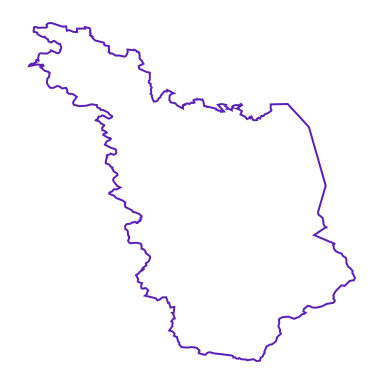 Athlone Lea-6, Roscommon, Ireland
{"feature_id": "5873133B90689891107780", "entity_name": "Athlone Lea-6", "entity_type": "district", "adm_level": 2, "iso_a3": "IRL", "parent_name": "Ireland", "parent_adm1": "Roscommon", "projection": "robinson", "projection_center": [-8.208, 53.474], "detail": "fine", "context": "isolated", "style": "outline", "palette": "violet", "viewbox_px": 384, "rotation_deg": 0, "n_neighbors": 0, "source": "geoboundaries", "source_scale": "gbopen_adm2", "svg_char_len": 5862}
<svg xmlns="http://www.w3.org/2000/svg" viewBox="0 0 384 384"><path d="M344.8,285.8L349.7,280.9L353.9,280.2L355.0,277.6L352.4,273.0L352.6,271.1L350.4,268.2L348.7,267.3L346.5,263.5L346.3,259.0L345.9,257.9L342.7,255.7L341.8,253.7L337.3,252.1L335.1,250.5L333.7,247.9L333.8,246.6L333.1,244.9L335.2,243.4L334.2,243.6L314.1,235.1L325.3,227.6L327.4,227.5L325.6,227.1L324.3,225.7L323.4,223.8L323.5,222.0L322.6,217.9L318.5,214.6L318.0,212.2L325.7,185.7L308.9,127.0L287.7,104.0L270.7,104.4L270.7,108.8L271.4,109.9L271.2,110.8L267.8,113.2L264.7,114.3L263.6,116.0L261.4,115.9L260.0,118.6L258.5,117.7L256.9,119.1L257.1,120.0L254.3,120.3L252.8,119.7L252.0,117.2L251.3,116.5L250.2,118.2L249.5,117.3L248.4,118.5L246.9,119.1L245.2,116.7L240.5,114.5L241.9,111.1L238.8,109.2L236.8,108.6L238.6,108.1L238.4,107.5L242.0,105.1L241.0,104.0L238.3,105.5L236.5,104.9L232.8,105.9L232.2,106.8L233.1,107.7L231.8,108.7L231.8,110.3L228.6,108.6L227.3,108.8L227.9,108.2L227.7,107.6L225.3,106.1L226.0,104.9L221.6,104.0L218.0,104.8L224.0,111.5L220.9,111.8L220.5,110.7L218.2,110.7L217.4,109.8L216.3,109.8L216.0,108.8L215.2,108.5L208.3,106.8L207.1,107.1L206.2,106.1L204.2,106.1L203.5,102.0L202.3,99.4L200.9,99.8L199.8,99.2L196.9,99.6L196.9,99.1L193.6,100.0L193.5,100.9L194.5,102.5L193.3,103.0L191.4,102.7L189.3,104.0L187.7,103.4L185.0,104.2L185.0,104.8L183.7,104.8L183.7,105.2L182.9,105.3L183.0,108.5L177.3,105.5L175.3,103.3L170.5,102.3L170.4,101.2L169.3,100.0L169.7,95.4L172.1,93.7L173.7,93.3L167.2,89.9L166.9,91.5L164.5,91.2L160.7,95.7L160.5,97.2L158.9,98.1L158.0,100.0L156.2,101.4L153.7,101.5L151.9,97.0L151.9,95.0L150.6,94.0L151.3,91.9L150.8,89.3L151.7,87.5L150.5,85.7L150.7,83.7L149.4,83.3L148.7,82.0L149.1,80.6L149.8,80.0L149.8,72.7L146.4,71.9L139.1,68.6L138.8,66.0L143.5,63.8L142.3,62.1L142.1,60.9L139.7,59.0L139.6,54.9L138.8,52.2L136.8,51.7L136.6,50.9L134.1,49.7L133.9,50.3L127.5,49.5L127.7,52.1L126.8,54.5L125.7,56.2L124.2,56.6L119.4,55.5L115.9,55.6L112.2,53.5L109.9,53.4L109.8,52.5L108.7,52.1L109.2,49.4L108.7,48.1L109.0,46.2L104.4,45.2L103.9,42.7L95.3,40.5L92.6,38.1L92.8,36.9L91.6,36.6L91.8,36.1L90.0,35.2L90.8,33.7L89.9,32.2L90.5,30.4L89.6,28.1L85.0,27.1L85.4,28.6L76.9,28.6L77.0,32.1L73.5,31.9L69.5,30.2L66.8,30.7L66.1,26.4L62.6,26.7L51.4,23.0L48.3,23.2L46.5,24.7L47.2,26.9L46.1,27.6L37.9,27.8L35.5,26.9L34.1,27.3L33.6,31.7L37.3,32.6L37.4,34.1L40.6,36.1L43.4,37.1L44.9,36.8L45.4,37.9L48.0,39.4L48.5,41.4L50.5,42.4L51.2,42.5L53.3,41.0L54.5,41.1L58.5,43.9L59.9,43.8L61.2,46.9L61.1,48.8L60.1,49.8L60.4,50.8L59.3,52.6L57.6,53.3L51.0,50.4L50.9,51.2L47.1,53.6L40.4,53.3L39.4,53.8L38.5,56.0L37.9,59.6L38.4,59.8L38.5,60.6L36.5,60.0L36.0,61.5L36.4,62.2L33.7,63.6L31.3,63.7L29.4,65.2L29.0,66.1L38.0,64.4L40.3,65.0L42.7,64.6L43.4,66.0L40.4,67.1L44.9,70.9L48.4,71.7L48.6,72.5L49.7,72.7L48.9,77.3L47.5,78.3L46.8,82.3L47.3,84.1L50.0,87.7L53.3,87.9L57.2,86.0L59.7,86.6L61.9,88.4L66.0,87.9L66.1,88.6L66.8,88.8L67.4,91.0L67.1,92.2L68.8,93.8L71.6,93.8L73.5,94.5L76.8,96.8L73.4,101.6L73.1,102.8L73.7,104.7L79.5,106.2L86.1,105.7L91.6,104.3L96.9,105.1L96.8,106.2L97.4,107.6L99.8,108.2L100.4,109.8L103.1,110.0L107.5,112.2L108.8,113.2L109.4,114.4L112.2,116.3L111.6,117.6L108.9,118.7L102.5,115.3L100.8,116.4L98.5,116.7L97.7,119.2L96.2,119.7L95.8,120.4L99.1,121.3L100.8,123.3L104.1,125.0L103.9,126.0L102.2,127.5L102.1,129.8L106.2,131.8L106.8,132.7L103.6,134.0L103.1,134.5L103.3,135.0L108.6,138.0L110.0,138.0L110.9,138.8L109.9,139.9L106.7,141.4L104.9,144.7L111.2,147.9L115.2,149.1L116.1,150.3L116.3,152.9L115.6,153.9L113.5,154.8L110.6,153.5L109.7,154.4L106.9,155.2L106.7,156.2L107.4,157.2L106.5,158.1L105.7,162.4L105.9,163.4L108.4,164.1L109.6,165.0L110.4,166.5L112.5,167.5L112.1,168.6L113.0,169.4L113.4,171.1L117.2,173.6L117.5,175.1L113.6,178.2L113.1,180.2L113.9,181.8L117.2,185.9L120.3,187.5L117.1,189.2L113.9,189.4L112.1,191.4L109.3,192.6L109.3,193.9L113.9,195.6L116.0,197.9L122.8,200.6L125.4,202.7L124.8,204.5L125.4,207.1L131.8,210.2L133.0,212.0L134.7,212.1L139.1,213.9L141.2,215.6L141.7,216.8L140.5,217.8L140.9,219.6L139.6,220.1L139.9,221.0L139.6,221.4L137.9,221.8L137.5,223.0L136.5,223.0L136.0,222.2L134.4,221.8L133.3,222.6L131.8,222.5L130.7,223.6L126.5,224.2L125.1,225.9L125.3,229.2L126.7,229.7L127.7,231.0L128.1,235.1L129.2,236.6L128.9,237.3L129.2,238.3L128.1,240.5L128.9,242.4L130.5,243.3L136.0,242.7L140.7,243.6L141.4,244.7L141.6,248.8L143.5,249.3L145.3,250.9L145.6,252.9L149.8,256.2L150.2,257.6L148.7,261.5L145.8,263.2L146.3,265.4L142.7,268.1L143.7,269.1L142.5,270.3L141.5,269.9L140.7,271.5L139.4,272.1L138.2,273.8L136.0,275.1L138.1,279.0L137.7,280.9L138.5,282.1L141.9,283.1L141.1,286.5L141.6,288.4L143.7,288.6L145.6,288.0L148.2,290.3L147.1,292.5L146.8,294.1L145.0,295.7L155.9,298.3L157.4,300.3L160.0,299.4L162.3,297.4L166.2,297.3L168.0,302.9L169.1,302.8L170.4,307.5L174.3,306.9L173.8,312.3L173.6,313.0L172.3,313.0L173.3,314.2L174.8,318.5L173.4,318.8L171.3,321.3L172.5,322.1L172.7,323.0L172.2,324.5L172.5,326.0L169.2,330.6L172.7,331.5L174.5,333.5L174.0,335.9L177.0,337.0L176.8,337.8L177.5,338.9L178.1,341.4L179.3,342.6L179.1,344.3L181.6,347.1L187.3,347.6L191.6,347.1L196.5,347.7L199.5,350.6L199.4,351.6L198.6,352.3L199.0,353.3L204.2,354.7L205.6,354.7L207.4,352.8L209.8,352.2L214.3,353.4L232.0,355.5L233.1,356.2L233.3,357.4L235.1,357.4L236.2,358.4L238.2,358.8L239.4,358.0L241.1,359.2L246.2,359.6L247.3,360.2L253.6,359.2L256.4,361.0L260.0,360.7L260.6,357.9L262.8,356.3L263.6,354.2L264.7,353.0L264.3,352.0L266.5,346.5L269.8,344.7L272.3,344.2L275.9,341.3L277.3,336.9L280.9,333.7L279.8,331.3L280.1,329.9L278.4,326.3L279.3,322.5L278.9,319.6L279.6,318.7L282.5,317.2L288.5,316.7L294.1,318.8L299.2,316.8L302.3,314.2L304.0,313.9L305.6,312.8L303.4,311.4L303.8,309.1L307.7,305.8L310.4,306.4L312.2,307.5L316.8,307.6L322.2,306.3L326.7,303.9L333.3,302.8L334.5,301.7L334.8,300.4L333.4,298.6L333.9,297.0L333.3,295.4L335.6,291.2L340.9,285.8L341.7,285.4L344.8,285.8Z" fill="none" stroke="#5b21b6" stroke-width="2"/></svg>